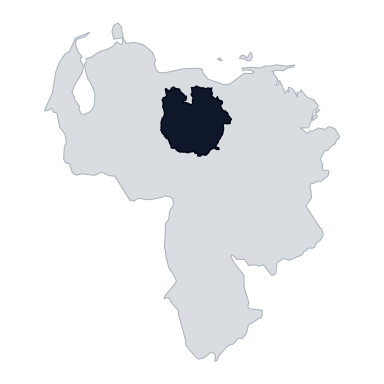 Guárico on a map of Venezuela (Equal Earth projection)
{"feature_id": "VEN-45", "entity_name": "Guárico", "entity_type": "State", "adm_level": 1, "iso_a3": "VEN", "parent_name": "Venezuela", "parent_adm1": "", "projection": "equal_earth", "projection_center": [-66.651, 8.828], "detail": "fine", "context": "in_parent", "style": "filled", "palette": "ink", "viewbox_px": 384, "rotation_deg": 0, "n_neighbors": 0, "source": "natural_earth", "source_scale": "10m", "svg_char_len": 9102}
<svg xmlns="http://www.w3.org/2000/svg" viewBox="0 0 384 384"><path d="M335.4,129.3L339.5,136.4L339.2,138.1L336.6,139.8L335.2,143.8L332.0,145.6L327.6,150.5L324.7,150.9L320.3,159.1L322.8,165.4L322.2,168.6L323.3,170.2L328.5,170.4L329.0,172.1L328.4,174.7L327.4,176.4L320.4,181.6L317.0,181.1L315.6,182.7L311.1,183.8L309.8,186.9L311.0,191.1L311.5,197.9L305.8,206.0L320.1,227.8L321.6,228.9L323.1,233.9L322.6,236.9L320.1,240.4L316.5,242.9L314.4,247.4L312.2,248.3L308.3,248.0L306.4,250.4L304.0,251.3L302.4,254.7L289.3,260.3L283.6,258.6L277.0,262.7L275.9,272.8L273.9,275.2L271.4,275.2L263.3,264.8L259.2,266.3L256.4,264.9L248.4,265.3L244.6,259.5L236.2,259.1L233.0,255.1L231.6,255.1L230.9,256.3L234.2,262.8L244.0,275.4L244.1,286.7L248.7,302.4L247.8,307.4L250.5,308.9L262.3,310.1L262.2,315.6L260.6,318.2L258.3,318.7L252.3,322.9L248.7,324.2L246.4,333.5L244.4,336.1L242.2,338.3L238.2,338.4L232.9,344.3L231.0,344.2L226.4,347.1L219.1,355.6L216.6,360.9L214.8,361.0L215.5,356.4L214.6,353.9L212.8,352.6L211.2,352.4L209.2,353.6L203.7,358.1L198.4,359.1L195.6,357.0L185.8,345.2L185.7,341.2L183.4,331.7L178.4,314.1L178.5,310.7L170.7,301.8L169.6,298.8L166.3,297.6L164.3,298.8L164.8,295.9L175.4,283.2L176.3,280.4L172.2,272.3L169.9,270.0L168.7,267.2L166.0,257.3L165.3,249.8L164.4,248.2L165.5,229.8L165.1,225.7L165.9,222.6L168.0,220.5L169.1,217.2L169.3,212.8L170.6,209.2L172.8,206.3L173.5,203.5L172.6,198.9L170.7,197.1L164.4,195.7L162.6,197.1L151.0,199.6L145.2,199.6L140.8,198.4L137.5,198.8L133.6,201.3L131.6,199.9L130.1,200.6L114.8,176.2L109.2,175.6L101.5,172.2L95.5,175.0L93.0,175.2L82.2,173.8L76.3,175.1L73.8,173.9L72.1,172.0L69.4,163.9L65.4,162.6L63.7,159.4L64.3,146.4L66.3,142.8L65.6,137.0L65.0,134.2L59.6,127.0L56.9,112.8L53.3,112.1L52.3,109.0L51.2,108.4L48.2,110.4L45.1,111.1L44.5,110.4L52.4,92.9L55.6,72.3L59.5,62.3L64.9,54.1L69.2,51.7L75.6,38.0L89.5,32.3L85.8,36.4L77.5,39.1L75.6,40.8L75.8,45.3L78.2,51.9L82.3,57.1L80.4,57.6L81.2,62.3L83.2,65.5L83.3,67.5L81.7,73.7L75.4,83.6L71.9,92.1L74.5,97.2L74.8,99.8L79.5,106.2L79.0,108.7L81.0,113.9L84.3,114.6L90.8,111.3L94.2,105.8L94.9,95.3L94.3,91.6L90.5,82.5L87.8,79.0L85.5,71.1L84.4,63.9L86.2,62.3L86.1,58.5L90.5,57.5L100.2,51.4L106.2,49.8L113.0,46.5L116.0,42.3L117.0,41.9L120.6,44.5L122.3,43.6L123.0,41.6L122.1,37.8L113.9,39.2L111.9,31.6L113.7,25.4L118.1,23.0L121.2,26.6L123.2,37.7L126.1,43.4L134.7,42.3L143.5,44.8L152.8,52.7L155.5,61.0L154.4,63.0L155.0,66.5L156.4,70.1L158.4,72.3L164.2,72.9L183.4,68.8L199.6,68.2L202.6,69.9L203.0,72.9L208.2,79.2L223.9,84.7L230.0,83.9L244.3,73.3L252.1,73.6L254.3,72.0L251.4,70.4L245.0,69.8L243.0,70.8L241.9,68.1L251.2,67.3L259.4,67.9L266.0,66.0L271.3,66.0L276.6,64.8L286.6,66.2L294.5,65.0L293.6,66.8L286.8,68.2L283.7,70.7L276.8,70.2L272.1,71.2L273.6,71.9L273.6,74.5L274.9,75.0L277.0,78.2L277.6,80.9L275.9,85.1L277.8,84.7L278.9,83.3L278.9,80.4L280.0,80.9L285.1,93.1L287.2,90.2L288.7,91.9L288.6,87.3L290.3,87.5L294.0,90.5L297.8,97.5L297.1,92.2L300.2,92.1L301.0,89.8L307.1,97.5L313.5,99.7L318.4,105.5L317.4,108.3L314.5,109.7L313.4,111.5L311.3,120.6L308.6,127.8L300.5,127.9L307.4,133.4L309.8,131.1L313.2,130.9L318.3,128.0L325.3,129.3L328.4,126.9L332.1,127.3L335.4,129.3ZM251.6,53.6L252.4,57.4L250.2,60.7L247.2,60.8L244.9,58.7L243.6,59.2L239.6,58.0L240.8,55.9L243.7,54.9L245.9,57.3L247.8,57.4L248.2,55.5L250.7,52.6L251.6,53.6ZM317.0,117.5L312.6,120.5L312.4,117.6L315.8,114.0L317.2,116.2L317.0,117.5ZM222.0,60.2L220.9,60.8L217.6,59.3L218.3,58.2L220.1,58.2L222.0,60.2ZM317.8,112.0L315.2,113.0L315.9,110.8L318.7,109.6L319.7,110.1L317.8,112.0Z" fill="#d9dde1" stroke="#a8b0b8" stroke-width="1"/><path d="M211.6,88.1L211.4,90.4L211.4,91.2L211.6,91.7L212.0,92.6L212.2,93.3L212.1,94.3L212.0,94.6L211.5,95.5L211.4,95.8L211.5,95.9L211.6,96.1L216.1,99.4L217.1,97.3L217.4,97.0L218.3,99.3L218.5,99.6L218.7,99.8L219.1,100.1L219.5,100.3L220.6,100.7L221.4,100.9L221.7,101.0L222.0,101.2L222.1,101.4L222.3,101.8L222.3,102.8L222.2,103.3L222.1,103.6L222.0,103.8L220.9,104.5L220.5,105.0L220.6,105.7L220.7,106.0L220.9,106.6L221.0,106.7L221.0,107.5L221.1,107.9L221.6,108.3L221.7,108.7L221.9,109.0L222.3,109.4L222.6,109.8L223.0,110.6L223.2,110.8L223.5,111.0L224.9,110.9L225.2,110.9L225.5,111.3L226.1,112.1L226.3,112.3L226.9,112.5L227.2,112.8L227.5,113.1L227.7,113.4L228.0,114.2L228.0,114.6L228.0,115.5L228.1,115.8L228.2,116.0L229.0,116.3L229.3,116.6L230.3,118.0L230.9,118.5L231.0,118.7L231.3,119.6L230.7,120.1L230.4,120.6L230.1,121.0L230.0,121.5L230.2,122.1L230.1,122.7L230.0,123.3L229.9,123.6L229.7,123.6L229.1,123.4L228.7,123.4L228.4,123.4L228.1,123.6L226.6,123.7L225.9,123.6L225.2,123.2L224.9,123.2L224.5,123.4L223.9,123.6L223.7,123.8L223.5,124.1L223.2,125.1L223.1,126.4L223.1,126.7L223.4,127.5L223.5,127.6L223.5,129.1L223.2,130.7L223.0,131.4L222.9,131.8L222.8,132.8L222.3,134.6L222.1,135.0L221.1,136.1L221.0,136.3L220.4,137.7L220.2,138.1L218.8,140.0L218.6,140.6L218.5,141.1L218.2,142.1L217.1,143.7L216.6,144.3L216.3,144.7L216.1,145.2L216.0,145.7L216.0,146.4L216.0,146.7L216.1,147.2L216.2,147.4L216.4,147.6L216.6,147.6L217.3,147.5L217.8,147.6L218.3,147.7L218.6,148.0L218.8,148.4L219.0,149.2L217.7,149.5L217.1,149.5L216.5,149.3L215.0,148.4L213.8,148.1L212.7,148.4L210.5,149.7L210.0,150.1L209.6,150.6L208.6,152.5L206.3,154.8L205.9,155.1L205.3,155.1L203.2,154.7L202.1,154.7L201.2,155.2L200.3,156.0L199.8,156.1L199.2,156.1L198.1,155.7L197.8,155.7L197.9,155.1L197.9,154.6L197.8,154.1L197.3,153.2L197.1,153.0L196.4,153.4L195.7,153.3L195.0,152.9L194.6,152.5L194.7,152.1L194.6,151.9L194.1,151.6L193.7,150.9L193.2,150.8L193.1,151.0L193.1,151.3L192.9,151.5L192.5,151.4L191.5,151.7L191.4,151.8L191.0,151.7L190.5,151.8L188.3,152.6L187.8,152.6L187.7,152.6L187.5,152.3L187.3,152.2L186.9,152.5L184.7,152.0L184.4,151.7L184.2,151.6L183.8,151.8L183.3,152.1L182.8,152.2L181.9,151.4L181.5,151.5L180.6,152.0L180.1,152.1L179.7,151.9L179.3,151.6L178.2,151.3L177.9,151.1L177.7,150.8L177.3,150.4L176.5,150.0L176.2,149.6L176.0,148.9L175.8,148.7L174.5,148.0L174.3,148.0L173.7,148.2L172.9,148.2L172.7,148.2L172.1,147.8L171.6,147.9L171.4,147.8L171.2,147.6L171.5,147.1L171.3,146.6L171.8,146.2L171.5,145.6L171.1,145.9L170.9,145.6L170.6,144.6L170.2,144.0L170.1,143.8L170.6,144.0L170.6,143.8L170.5,143.5L170.5,143.3L170.6,143.0L170.3,142.9L169.9,142.5L169.6,142.6L169.5,142.0L169.3,141.4L169.0,141.0L168.8,140.8L168.6,140.5L168.4,139.3L167.7,138.4L166.4,138.4L166.3,137.2L166.2,137.0L166.2,136.7L166.0,136.9L165.9,137.4L165.7,137.0L165.3,136.9L165.3,136.3L165.3,136.1L165.0,136.0L164.9,135.8L164.9,135.7L164.7,135.6L164.4,135.7L164.4,135.3L164.6,134.6L164.5,134.3L164.4,134.3L164.1,134.6L163.9,134.5L163.5,134.1L163.4,133.7L163.2,133.5L162.9,133.7L162.7,133.7L162.3,132.9L162.2,132.5L162.1,132.4L161.9,132.3L161.8,132.2L162.0,131.6L161.9,131.4L161.5,131.0L161.3,130.6L160.6,129.6L160.8,129.8L161.0,129.4L161.4,129.3L161.5,129.1L161.5,128.9L161.4,128.6L161.3,128.4L161.2,128.1L161.1,127.8L161.1,127.3L161.4,126.3L161.4,126.2L161.3,125.4L161.3,124.6L161.1,123.8L161.1,123.4L161.5,121.0L161.9,120.4L162.1,118.8L162.2,118.5L162.3,118.3L162.7,118.0L163.0,117.6L163.3,117.3L163.5,117.0L164.1,115.6L164.3,115.0L164.5,113.9L164.6,113.5L164.2,110.7L163.4,108.3L162.7,107.0L162.7,106.5L163.0,105.5L163.2,104.9L163.2,104.1L163.2,102.9L163.1,102.3L162.9,101.3L162.6,100.9L162.4,100.3L162.2,100.2L162.4,99.8L162.9,99.4L162.9,99.2L162.9,98.8L162.9,98.6L163.0,98.3L163.3,98.0L163.6,97.6L163.8,97.5L164.3,97.7L164.7,97.7L165.4,97.2L166.3,96.1L166.7,96.0L166.7,95.7L166.7,95.2L166.0,92.6L166.0,91.8L165.7,91.1L165.6,90.5L165.5,89.1L165.6,88.9L165.8,88.8L166.1,88.7L166.5,88.9L166.7,89.1L166.9,89.5L167.2,89.9L167.3,90.0L167.8,90.1L167.9,90.3L167.8,91.1L168.0,91.3L168.4,91.3L169.1,90.8L169.5,90.5L169.8,90.5L170.1,90.9L170.3,90.6L170.5,90.1L170.7,89.4L170.9,89.2L171.1,89.1L171.3,89.1L171.5,89.5L171.7,89.1L171.6,88.1L173.1,87.4L173.5,87.1L173.9,87.1L175.3,88.6L175.8,88.9L176.4,88.7L177.0,88.7L177.1,88.8L177.3,89.3L178.0,89.1L178.3,89.0L178.6,88.9L179.2,89.1L179.5,89.5L180.1,91.1L180.3,91.4L180.8,92.1L181.0,92.6L181.6,92.9L182.1,93.0L182.4,93.6L182.6,93.8L182.9,93.9L183.5,94.1L183.8,94.4L184.3,95.8L184.7,95.9L185.3,96.3L186.1,96.2L186.3,96.3L186.3,96.7L186.3,97.3L186.3,98.1L186.3,98.3L186.3,98.5L185.9,99.6L185.6,100.0L185.4,100.3L184.6,100.5L184.2,100.7L183.6,101.1L183.5,101.4L183.1,102.6L183.2,102.8L183.4,102.8L184.0,102.6L185.8,102.6L186.2,102.6L186.5,102.7L187.3,103.3L187.5,103.4L188.4,103.5L188.8,103.7L189.2,103.9L190.0,104.5L191.4,104.6L191.8,104.5L192.2,104.4L192.3,104.3L192.4,104.0L192.8,102.5L192.8,102.2L192.7,101.6L192.5,101.4L192.4,101.0L192.5,100.6L192.6,99.9L193.0,98.7L193.1,98.1L193.1,97.8L193.1,97.5L192.9,97.0L192.5,96.5L192.0,96.0L191.6,95.6L191.5,95.3L191.4,94.9L191.4,94.3L191.4,93.9L191.5,93.6L191.9,93.4L192.1,93.2L192.2,92.6L192.2,91.8L191.6,87.7L193.5,87.7L195.2,87.3L195.4,87.0L195.7,86.6L195.8,86.4L196.4,86.2L196.9,86.3L197.3,86.5L198.3,87.2L198.5,87.3L199.6,87.4L199.9,87.5L200.4,88.0L200.8,88.2L201.1,88.2L201.8,87.8L202.1,87.7L202.3,87.9L202.4,88.2L202.5,88.3L203.3,88.0L203.6,88.0L203.9,88.1L205.6,88.8L205.8,88.8L206.9,88.5L207.4,88.3L207.8,88.0L208.2,88.0L208.7,88.1L209.3,88.5L210.0,88.6L210.5,88.5L211.6,88.1Z" fill="#0f172a" stroke="#020617" stroke-width="1.5"/></svg>